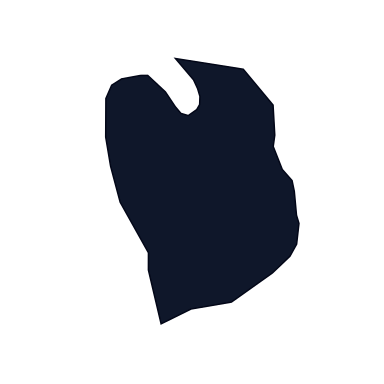 the border of Hrastnik, rotated 204°
{"feature_id": "SVN-951", "entity_name": "Hrastnik", "entity_type": "Municipality", "adm_level": 1, "iso_a3": "SVN", "parent_name": "Slovenia", "parent_adm1": "", "projection": "orthographic", "projection_center": [15.129, 46.135], "detail": "fine", "context": "isolated", "style": "filled", "palette": "ink", "viewbox_px": 384, "rotation_deg": 204, "n_neighbors": 0, "source": "natural_earth", "source_scale": "10m", "svg_char_len": 595}
<svg xmlns="http://www.w3.org/2000/svg" viewBox="0 0 384 384"><g transform="rotate(204 192 192)"><path d="M195.1,325.0L153.3,304.4L139.5,277.6L136.3,266.6L118.7,249.3L105.2,243.1L98.8,234.2L87.1,213.3L81.5,206.8L75.2,186.9L76.4,173.1L85.6,150.8L111.2,107.5L145.2,84.8L166.6,59.0L200.1,103.0L207.1,118.8L253.5,153.5L276.9,182.5L293.2,207.1L308.7,242.4L308.8,256.9L302.3,266.7L286.5,277.5L279.9,280.5L257.0,272.6L242.1,263.2L234.1,259.3L226.5,260.3L221.2,269.2L220.6,275.0L223.6,282.5L228.9,288.7L236.2,295.1L261.4,307.2L195.1,325.0Z" fill="#0f172a" stroke="#020617" stroke-width="1.5"/></g></svg>